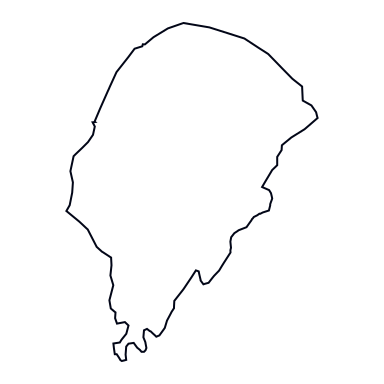 outline of Tukpahblee, Bong, Liberia
{"feature_id": "62588387B55119976119769", "entity_name": "Tukpahblee", "entity_type": "district", "adm_level": 2, "iso_a3": "LBR", "parent_name": "Liberia", "parent_adm1": "Bong", "projection": "equal_earth", "projection_center": [-9.416, 6.618], "detail": "fine", "context": "isolated", "style": "outline", "palette": "ink", "viewbox_px": 384, "rotation_deg": 0, "n_neighbors": 0, "source": "geoboundaries", "source_scale": "gbopen_adm2", "svg_char_len": 2179}
<svg xmlns="http://www.w3.org/2000/svg" viewBox="0 0 384 384"><path d="M294.4,80.4L292.3,78.7L282.4,68.6L268.2,54.0L258.4,47.7L248.2,41.0L244.4,38.5L235.3,35.6L209.4,27.4L183.4,23.0L178.0,24.9L177.7,25.0L167.9,28.4L153.5,37.2L144.9,44.4L142.8,44.3L142.3,46.3L134.6,48.7L128.4,57.0L116.5,72.1L109.6,87.2L109.1,88.4L108.7,89.3L107.9,91.0L100.1,108.6L94.6,121.6L95.1,122.0L94.4,122.1L92.6,122.3L94.8,126.5L93.0,134.8L88.0,142.1L85.5,144.6L82.2,147.9L75.9,153.9L73.6,156.2L70.4,171.2L72.9,182.4L72.2,192.6L69.7,205.2L66.4,211.0L79.4,221.7L85.7,227.6L87.1,228.9L87.7,229.4L96.7,246.9L102.1,251.8L102.9,252.2L111.1,257.6L111.5,265.3L110.4,275.5L111.9,280.5L113.3,285.2L109.4,300.3L110.8,308.5L114.7,311.8L115.5,312.4L115.1,318.2L117.0,323.6L124.9,322.1L128.5,325.5L126.3,333.8L121.6,339.6L119.8,342.5L113.4,343.5L113.9,348.0L114.8,354.2L116.7,354.2L118.9,357.5L120.5,360.2L121.8,361.0L126.2,359.9L125.6,354.6L126.2,346.6L128.5,343.7L133.7,342.9L136.1,346.2L137.2,347.7L139.8,349.8L141.5,351.8L144.0,351.8L145.5,350.3L146.4,348.0L145.4,342.6L145.4,342.3L143.4,337.3L143.6,334.8L144.0,330.3L147.0,328.9L149.8,331.1L150.6,331.3L152.9,333.5L154.9,335.3L156.3,336.7L159.4,335.4L163.4,329.9L164.8,327.9L167.0,320.6L170.2,314.6L171.7,311.7L174.0,308.2L174.0,307.0L174.3,300.9L183.0,289.8L183.6,289.0L191.6,277.1L195.9,270.4L198.7,271.4L199.2,273.9L200.6,279.9L200.6,280.5L202.9,283.6L203.4,284.3L204.9,283.8L208.6,282.8L210.6,280.2L212.4,277.9L214.1,275.8L219.1,270.6L222.0,265.8L224.0,262.6L229.6,253.9L229.9,253.5L230.5,252.5L230.4,250.2L231.0,247.8L230.4,241.9L230.4,241.3L230.5,240.9L231.2,237.2L233.7,234.0L234.3,233.2L237.8,230.9L238.5,230.3L246.5,227.2L249.9,222.4L251.3,220.5L252.1,219.0L252.7,218.5L253.8,217.0L257.2,215.3L258.9,214.1L259.4,213.7L260.2,213.8L262.7,212.5L268.9,210.5L270.2,205.4L270.2,204.2L271.2,201.3L271.4,200.9L272.2,198.5L271.6,195.7L271.4,194.9L271.0,193.2L269.1,190.1L262.7,187.3L262.1,187.0L266.1,180.2L272.2,170.0L277.2,165.2L277.2,156.9L281.6,150.1L281.9,145.3L282.8,144.5L291.3,137.5L304.6,129.2L305.9,128.1L317.6,118.0L317.1,116.3L316.1,112.2L311.4,105.4L302.8,100.6L302.7,99.5L302.1,86.5L294.4,80.4Z" fill="none" stroke="#020617" stroke-width="2"/></svg>